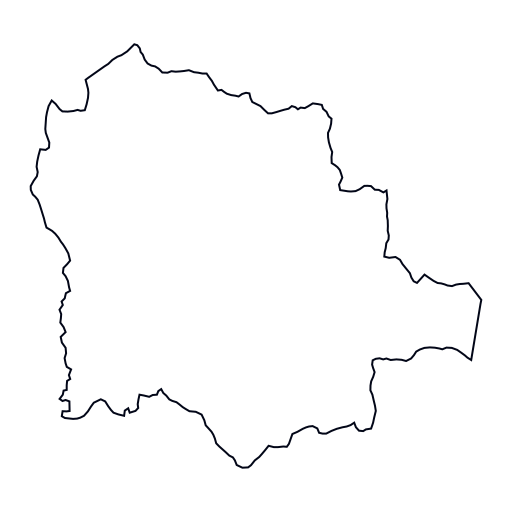 outline of Itápolis, São Paulo, Brazil
{"feature_id": "56859067B39994933994670", "entity_name": "Itápolis", "entity_type": "district", "adm_level": 2, "iso_a3": "BRA", "parent_name": "Brazil", "parent_adm1": "São Paulo", "projection": "robinson", "projection_center": [-48.813, -21.543], "detail": "fine", "context": "isolated", "style": "outline", "palette": "ink", "viewbox_px": 512, "rotation_deg": 0, "n_neighbors": 0, "source": "geoboundaries", "source_scale": "gbopen_adm2", "svg_char_len": 4157}
<svg xmlns="http://www.w3.org/2000/svg" viewBox="0 0 512 512"><path d="M124.1,415.8L124.8,410.6L128.2,408.3L129.7,412.7L135.5,410.9L138.2,408.0L137.7,404.2L138.5,399.3L139.5,394.7L143.8,395.5L149.2,396.8L152.7,395.0L156.9,394.7L158.3,391.1L161.2,389.1L163.3,393.0L166.3,395.6L169.3,399.4L172.3,400.9L176.5,402.2L179.4,404.4L182.7,407.1L185.5,408.9L189.4,411.2L195.8,411.8L201.6,414.6L204.3,420.2L205.7,425.3L208.2,428.0L211.5,431.7L213.3,434.7L214.9,438.6L216.2,443.3L219.2,446.4L225.6,452.1L229.3,455.6L232.9,457.4L234.9,460.4L236.7,465.0L242.4,467.7L248.1,467.4L251.0,465.2L254.8,460.4L259.2,457.0L261.8,454.1L265.0,450.3L268.6,445.8L273.7,447.1L278.2,447.1L283.4,446.5L286.8,446.8L288.9,443.9L292.4,434.0L297.5,431.8L302.8,428.8L306.0,427.4L309.0,426.5L312.6,426.1L317.3,428.4L319.1,432.8L322.6,433.6L326.2,433.6L331.5,430.9L336.8,428.8L342.4,427.3L346.7,426.5L350.6,425.1L354.2,422.7L355.9,427.2L359.0,430.7L363.2,431.1L365.9,429.4L371.1,428.6L373.1,422.7L374.2,417.5L375.8,410.9L375.0,405.8L373.6,400.0L372.4,394.7L370.4,390.3L370.5,385.5L371.2,381.3L373.2,376.8L374.6,372.1L373.1,368.0L372.1,364.6L372.7,360.3L375.8,358.8L379.6,358.3L383.2,359.4L386.4,358.5L390.7,360.0L396.4,359.4L401.6,359.8L406.1,361.0L411.1,358.5L413.9,355.2L416.2,351.6L419.9,349.5L424.4,347.9L429.9,347.4L434.9,347.7L439.4,348.5L442.3,349.3L446.5,347.6L451.8,347.9L457.2,349.9L461.1,352.6L464.9,355.4L467.4,357.6L471.2,360.0L480.5,303.9L481.3,299.9L468.6,283.2L463.3,283.8L459.7,284.0L456.0,284.6L452.0,286.1L447.5,285.5L444.7,284.4L441.2,283.4L437.6,283.0L433.6,280.9L428.6,277.5L424.5,274.6L421.0,278.5L417.0,282.9L413.7,281.3L411.4,277.6L409.9,273.2L407.6,270.4L402.5,264.1L400.0,259.8L395.5,257.0L389.2,257.8L384.3,256.6L384.7,252.2L385.7,248.2L386.3,243.2L388.5,239.5L388.8,235.5L387.7,230.8L387.9,226.1L387.7,220.2L387.0,216.5L387.2,212.9L386.5,208.3L386.4,204.4L387.4,199.0L386.5,190.5L383.4,192.4L378.8,189.9L374.8,189.7L371.0,186.1L367.5,185.8L364.3,185.9L359.7,189.2L355.6,191.1L350.9,191.5L347.9,191.3L340.2,190.1L339.0,184.6L340.6,181.5L342.3,177.6L341.1,173.7L339.8,170.0L337.5,167.2L335.0,165.2L331.7,163.1L331.5,157.0L332.2,152.0L330.5,147.8L328.9,142.3L328.1,137.4L328.0,132.9L329.9,128.7L331.1,123.7L331.5,118.7L328.7,116.4L326.5,111.8L323.1,108.9L321.8,104.9L318.0,104.1L312.8,103.4L308.3,106.2L304.8,108.1L300.6,107.6L297.9,109.3L295.4,107.2L291.8,106.1L288.6,108.7L284.3,109.7L280.5,110.8L276.6,112.0L271.9,113.3L268.0,113.3L264.3,109.9L260.5,106.1L256.3,104.0L252.3,102.0L250.5,98.1L249.4,93.4L246.0,92.8L242.1,94.0L238.6,96.5L235.4,95.7L231.2,95.1L226.8,93.7L224.1,91.9L221.5,89.9L217.9,90.5L216.0,87.7L213.9,84.6L211.9,80.9L208.9,76.9L206.6,73.5L202.3,73.5L198.2,72.7L194.0,72.2L188.9,70.2L184.0,71.0L180.1,71.4L175.7,71.7L171.4,71.2L167.6,72.7L162.3,72.5L158.7,68.7L155.1,66.4L151.4,65.6L147.6,63.5L144.7,59.6L142.8,54.6L140.6,52.0L139.8,48.4L137.3,45.2L134.3,44.3L131.2,47.4L127.2,51.4L121.4,55.2L117.4,56.7L112.4,59.9L108.3,63.9L104.4,66.4L88.1,77.9L85.6,79.8L88.0,89.0L88.4,92.8L88.0,97.9L86.6,104.3L84.8,110.2L80.6,110.8L77.6,109.9L73.5,111.0L67.7,111.6L62.4,111.4L59.6,109.1L55.6,103.9L51.7,100.5L48.6,106.1L47.0,112.2L46.1,117.1L45.3,129.0L45.8,132.9L49.3,142.6L49.0,147.6L45.7,149.9L40.2,149.3L38.5,155.5L37.2,161.6L36.6,166.8L37.7,172.1L36.9,176.3L33.7,180.7L30.7,186.1L30.8,189.9L32.8,194.5L35.2,196.7L37.7,199.7L39.6,204.5L40.9,208.5L42.5,213.7L44.0,218.5L44.9,222.3L46.5,227.6L49.3,229.2L52.1,230.9L55.3,233.8L58.4,237.6L60.9,241.7L63.0,244.4L65.3,248.0L68.3,253.4L70.1,260.6L67.2,264.1L63.5,267.9L62.9,272.9L65.6,276.2L67.9,280.9L69.1,287.4L70.1,290.9L65.9,293.2L64.7,298.4L61.6,301.5L62.8,305.0L59.5,309.7L61.2,314.1L60.9,318.1L60.3,322.6L63.6,327.1L65.6,332.1L60.7,336.9L61.9,342.6L65.6,347.8L66.1,353.3L64.6,358.1L65.6,363.3L66.8,366.9L71.1,369.4L68.9,375.1L70.2,379.0L67.1,380.9L66.7,385.3L66.7,389.9L63.6,390.6L62.8,394.7L59.6,398.9L62.5,401.0L65.6,400.0L69.4,401.4L69.6,411.0L66.4,411.4L62.6,411.2L61.8,416.2L64.9,418.0L73.1,418.9L77.1,418.6L80.2,417.7L84.0,415.8L87.9,411.4L91.1,406.4L93.8,402.7L100.8,399.3L105.2,401.4L108.2,406.2L111.0,410.0L113.5,412.7L118.3,414.4L124.1,415.8Z" fill="none" stroke="#020617" stroke-width="2"/></svg>